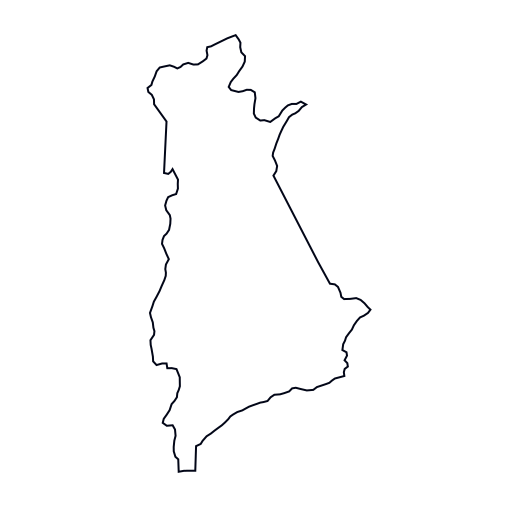 the district of Lafaiete Coutinho, Bahia, Brazil, rotated 93°
{"feature_id": "56859067B55716819349441", "entity_name": "Lafaiete Coutinho", "entity_type": "district", "adm_level": 2, "iso_a3": "BRA", "parent_name": "Brazil", "parent_adm1": "Bahia", "projection": "orthographic", "projection_center": [-40.301, -13.623], "detail": "fine", "context": "isolated", "style": "outline", "palette": "ink", "viewbox_px": 512, "rotation_deg": 93, "n_neighbors": 0, "source": "geoboundaries", "source_scale": "gbopen_adm2", "svg_char_len": 2925}
<svg xmlns="http://www.w3.org/2000/svg" viewBox="0 0 512 512"><g transform="rotate(93 256 256)"><path d="M324.5,156.4L320.0,154.6L315.5,151.8L311.9,148.9L310.0,145.2L307.0,141.2L303.6,138.9L301.2,141.7L297.5,145.2L294.4,149.2L292.8,153.7L293.9,159.7L294.4,165.8L292.3,168.7L288.3,169.7L282.6,172.5L280.2,175.8L279.8,180.7L258.8,193.7L174.8,242.8L170.2,240.2L165.0,239.6L159.7,242.0L155.2,244.6L151.8,244.3L147.9,243.0L142.3,241.5L137.9,240.0L133.5,238.7L129.9,237.3L125.5,235.5L122.0,233.6L119.2,232.1L115.6,230.3L112.9,227.2L111.5,224.3L108.9,221.0L104.9,218.0L102.1,213.9L99.5,219.3L102.0,223.5L102.3,228.3L103.9,232.0L106.2,234.5L109.3,237.3L115.3,240.6L117.4,243.9L121.4,248.8L119.9,254.8L120.5,258.8L117.8,263.5L113.9,265.6L108.6,265.7L104.5,265.5L98.4,264.8L92.6,265.8L90.4,269.9L90.5,274.0L92.1,277.8L93.1,282.1L91.6,289.5L88.6,292.1L83.6,290.3L80.1,287.9L76.3,284.7L72.3,282.5L67.5,279.4L62.5,277.4L57.0,277.4L53.4,281.3L48.3,282.7L43.8,282.7L40.6,284.6L36.5,287.9L38.1,291.5L40.1,296.0L42.1,299.6L44.7,304.3L47.2,308.8L49.0,311.9L50.0,315.6L53.5,316.1L58.0,315.0L61.4,315.8L64.3,319.2L67.7,324.0L68.1,328.5L66.7,333.8L68.5,338.7L71.2,341.3L72.8,344.4L71.3,347.8L70.1,352.1L71.8,358.5L72.8,362.0L76.7,364.9L82.1,366.5L87.2,368.6L90.7,369.4L93.9,373.1L97.8,372.1L100.5,368.5L104.9,366.1L109.8,365.7L126.4,352.4L177.9,352.2L178.6,347.9L176.4,345.5L173.6,343.9L183.8,337.9L188.1,337.9L192.8,337.5L198.3,339.0L199.7,342.8L201.8,346.8L205.4,348.3L210.3,349.4L215.0,348.0L219.7,344.2L223.2,343.3L228.4,343.3L234.5,344.2L238.4,346.5L240.9,348.9L244.8,350.2L248.8,350.5L252.9,348.2L258.6,345.6L263.7,342.9L269.2,345.5L273.8,345.9L277.4,345.1L280.6,345.1L284.9,346.3L290.8,348.6L296.1,350.5L302.0,353.2L306.9,355.6L311.5,356.8L318.4,358.9L322.6,357.7L327.7,355.6L333.0,354.7L336.4,353.5L340.1,353.7L345.6,357.0L350.3,356.5L354.4,355.4L361.9,353.7L366.6,353.2L370.1,349.6L368.2,344.0L368.0,339.7L372.7,338.7L372.4,334.2L373.1,329.5L377.6,327.4L381.1,325.8L384.2,325.6L390.1,325.2L394.0,326.2L397.1,327.4L401.2,327.6L405.1,329.9L408.3,332.5L414.5,334.2L419.2,336.9L423.4,339.6L427.5,340.4L430.2,336.2L429.4,330.4L433.5,327.8L439.8,326.9L444.7,327.9L451.0,328.2L455.4,327.9L460.7,326.0L463.1,323.0L475.5,321.9L474.3,316.8L473.9,311.4L473.6,305.4L449.0,305.9L446.6,301.4L443.3,299.6L438.6,295.9L435.7,291.8L432.5,288.2L429.3,284.3L426.9,281.3L423.9,278.3L420.3,275.1L417.6,273.3L415.5,270.6L412.8,266.5L410.9,261.6L408.7,258.1L406.8,255.0L405.0,250.8L403.5,247.1L402.2,244.1L401.5,241.0L400.2,236.9L396.3,234.0L393.6,230.4L392.9,224.8L391.5,220.7L389.5,215.8L386.3,213.0L385.5,209.4L386.5,204.4L387.6,198.2L386.7,191.8L383.7,188.3L382.3,184.7L380.3,179.6L378.8,176.1L376.4,173.6L374.2,170.8L372.8,166.4L371.2,161.5L367.4,162.2L364.1,161.5L361.6,158.5L358.2,159.2L355.5,162.1L350.7,159.9L347.4,160.6L345.4,164.8L339.5,164.3L335.9,162.7L332.4,161.8L328.1,159.0L324.5,156.4Z" fill="none" stroke="#020617" stroke-width="2"/></g></svg>